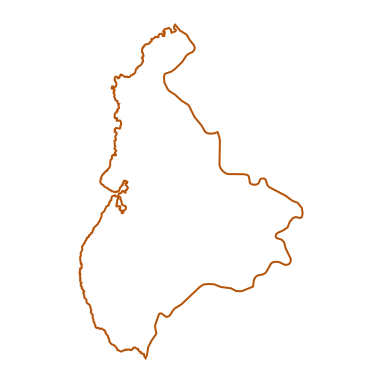 the district of Luperon, Puerto Plata, Dominican Republic, rotated 271°
{"feature_id": "3306468B16106454484671", "entity_name": "Luperon", "entity_type": "district", "adm_level": 2, "iso_a3": "DOM", "parent_name": "Dominican Republic", "parent_adm1": "Puerto Plata", "projection": "mercator", "projection_center": [-70.936, 19.84], "detail": "fine", "context": "isolated", "style": "outline", "palette": "amber", "viewbox_px": 384, "rotation_deg": 271, "n_neighbors": 0, "source": "geoboundaries", "source_scale": "gbopen_adm2", "svg_char_len": 5986}
<svg xmlns="http://www.w3.org/2000/svg" viewBox="0 0 384 384"><g transform="rotate(271 192 192)"><path d="M252.3,216.6L251.0,213.1L250.6,209.0L251.2,205.9L252.5,204.1L258.9,200.2L267.0,193.2L278.2,187.5L279.7,185.8L282.7,180.5L289.2,173.1L292.7,167.3L294.4,165.9L301.0,162.5L306.5,161.9L308.6,162.4L309.8,163.1L312.0,169.2L314.3,172.4L321.9,180.0L328.3,184.0L329.8,185.7L332.1,190.2L333.7,191.6L335.1,192.1L336.7,192.1L338.8,191.3L343.9,187.1L348.4,184.5L349.9,182.9L353.2,177.2L359.0,172.2L357.2,171.1L354.9,171.4L353.7,173.1L353.1,173.1L352.1,172.1L350.9,168.7L353.7,168.1L355.6,166.1L354.3,161.8L353.7,161.8L353.1,160.8L351.5,160.8L351.2,162.1L350.3,161.8L350.6,161.1L349.3,161.8L347.4,161.4L347.4,160.4L348.1,160.4L348.4,159.8L349.6,159.1L349.6,157.1L348.1,155.8L346.5,155.8L346.2,155.1L346.5,152.5L345.3,151.8L344.3,149.8L344.3,148.8L342.4,149.1L341.2,147.5L340.6,147.5L339.3,145.8L339.0,143.5L337.8,141.8L336.8,141.8L336.2,140.5L335.3,140.5L334.6,139.8L330.9,139.5L330.0,140.5L327.1,141.2L326.5,140.8L326.5,140.2L325.0,139.5L324.3,140.5L321.8,140.8L321.5,140.2L320.6,140.2L318.7,139.2L316.8,137.2L316.2,135.5L314.6,135.2L314.0,133.9L310.6,133.2L309.0,131.9L309.0,131.2L307.8,130.2L307.5,128.9L305.9,127.6L305.9,124.6L306.2,124.6L305.9,122.9L307.1,121.2L307.5,119.9L308.1,119.6L308.1,118.6L306.8,118.3L306.5,117.6L304.7,117.3L304.3,115.9L305.9,114.9L305.9,113.6L305.3,112.9L303.1,112.6L303.1,112.9L301.2,113.3L300.3,114.3L297.5,114.6L295.3,113.3L295.3,111.9L296.2,111.3L296.2,110.3L294.4,109.9L293.7,110.3L293.7,111.9L292.5,112.9L290.9,112.6L290.9,111.9L289.3,111.9L288.1,112.9L285.3,112.6L284.7,113.3L282.5,113.9L281.5,115.9L280.3,115.9L279.0,116.6L278.7,117.6L277.5,116.9L274.7,117.6L273.7,116.3L272.5,116.3L272.5,115.9L271.5,115.9L271.2,115.3L270.3,115.3L270.3,114.6L268.4,113.3L265.3,113.3L264.4,113.9L264.4,114.9L264.7,114.9L264.4,115.9L263.4,115.9L263.1,115.3L261.9,115.6L262.2,118.6L261.2,119.6L258.1,119.9L256.9,119.2L255.0,119.2L254.1,118.6L254.7,114.9L253.7,113.9L252.5,113.9L252.5,113.6L250.9,113.6L250.9,114.3L249.7,115.6L248.4,115.6L246.3,114.3L245.0,114.3L244.4,114.9L242.5,114.9L241.9,113.6L237.5,113.9L236.3,114.6L235.3,113.9L233.8,113.9L233.4,114.6L231.6,114.9L231.6,115.3L229.1,113.9L228.4,114.3L228.1,115.3L227.5,115.3L227.2,113.6L227.8,113.3L227.5,111.9L226.3,111.3L223.8,111.3L222.5,109.9L216.3,109.6L214.4,108.6L212.8,107.0L212.2,107.0L211.9,106.3L211.3,106.3L210.9,105.0L209.7,104.3L209.1,103.3L208.5,103.3L207.8,102.3L205.3,101.0L203.5,101.0L203.5,100.6L200.6,100.0L198.2,101.3L197.5,103.3L196.9,103.3L195.6,104.6L194.1,108.0L193.1,108.6L192.5,110.6L191.3,111.6L191.3,112.9L190.7,113.9L190.7,116.6L191.3,116.9L191.6,118.6L192.2,119.2L195.0,119.9L195.3,120.6L197.5,121.6L197.8,122.6L199.7,122.6L200.6,123.6L201.9,123.6L202.2,125.2L201.0,127.2L199.7,126.9L199.4,125.2L197.8,125.6L197.2,126.6L196.0,126.9L195.3,127.9L193.1,126.9L192.8,125.9L192.2,125.6L190.3,125.6L190.3,124.6L191.3,124.2L191.9,122.9L191.3,121.9L190.7,121.9L189.4,120.6L189.4,119.2L188.5,118.6L186.6,118.6L185.3,120.6L183.2,120.6L182.8,121.2L178.5,122.2L177.5,122.9L177.2,124.9L176.0,126.2L174.1,126.2L172.2,124.6L172.2,123.6L170.0,123.6L169.7,122.2L171.6,121.9L172.2,120.9L172.9,120.9L173.2,119.9L174.4,119.9L175.0,120.6L176.6,120.2L176.6,119.2L176.0,118.9L176.3,118.9L176.3,116.9L176.9,116.6L179.1,116.9L179.1,117.3L182.5,117.3L184.1,118.3L185.7,117.9L186.3,116.9L186.3,115.6L186.9,115.3L186.9,114.3L187.2,114.3L186.3,112.3L184.7,111.6L182.8,111.6L182.2,111.3L182.2,110.6L180.3,109.9L180.0,109.3L178.5,109.3L177.8,108.6L176.9,108.6L176.0,106.6L171.3,104.6L168.8,102.0L166.0,102.0L160.4,99.7L160.0,99.0L158.2,98.3L154.4,94.3L152.9,94.3L151.9,93.3L150.7,93.3L149.4,92.7L149.4,92.0L147.5,91.0L146.9,89.7L145.4,89.7L144.7,88.0L143.8,88.0L143.5,87.4L141.9,87.0L141.6,86.4L138.8,85.4L138.5,84.7L136.6,84.0L135.7,83.0L132.6,83.4L128.8,81.7L126.3,82.0L125.4,81.4L121.9,81.4L120.4,82.0L118.5,82.0L118.2,82.7L117.3,82.7L117.3,83.0L114.4,83.0L113.8,82.7L113.8,82.0L113.2,82.0L113.2,81.4L109.8,81.4L109.8,81.0L108.8,81.0L108.2,81.7L106.9,81.7L106.9,81.4L103.5,81.7L103.5,82.0L101.6,81.7L101.6,82.0L98.8,82.4L98.8,83.0L97.6,82.4L96.3,82.4L95.4,83.4L94.1,83.4L93.8,84.0L92.9,84.0L91.0,86.0L90.1,85.7L89.8,85.0L87.9,85.4L87.3,86.0L84.8,86.0L82.3,88.4L80.4,88.4L79.1,89.0L77.6,91.3L76.0,92.3L73.8,92.7L72.9,93.3L70.4,93.0L70.4,93.3L68.5,93.7L67.3,95.0L65.1,94.7L62.9,95.7L61.0,95.7L59.8,96.7L58.8,96.7L57.0,97.7L55.7,97.7L54.5,98.7L54.5,101.0L53.5,102.0L53.9,104.3L52.9,105.3L52.3,107.0L51.0,107.3L50.7,108.0L48.9,108.3L46.4,110.6L45.1,110.6L44.5,111.3L40.4,112.3L38.2,114.6L37.6,116.6L35.1,119.2L32.6,120.2L32.6,121.2L31.4,123.2L31.4,124.9L32.3,125.9L32.6,127.6L33.2,127.9L32.9,129.2L33.2,129.2L33.5,131.5L32.9,132.9L33.2,133.2L32.9,134.2L33.5,134.5L33.9,135.5L35.4,136.2L35.4,138.2L34.5,139.2L34.2,140.8L33.2,140.8L31.4,142.5L31.1,143.5L30.4,143.5L30.4,144.2L29.5,144.8L29.2,146.8L27.0,147.1L25.0,148.5L27.8,149.7L36.4,151.0L43.1,154.4L49.5,158.7L50.8,158.8L55.2,157.6L58.3,157.5L69.2,161.1L70.0,162.1L70.1,163.4L66.8,168.2L66.8,169.6L67.4,171.0L69.7,173.1L73.0,174.8L75.2,176.7L79.5,183.4L97.1,201.3L99.6,204.9L100.4,210.1L100.0,216.2L97.5,222.6L96.4,232.7L93.8,237.7L93.6,242.4L94.2,244.7L98.5,254.7L105.0,255.4L107.8,256.7L109.6,259.0L110.8,264.2L112.3,266.7L114.0,268.1L121.6,272.1L123.0,273.7L123.7,276.6L123.6,278.9L123.1,281.3L121.2,285.1L120.7,287.2L121.2,289.4L122.0,290.6L123.9,291.8L126.9,291.9L137.4,286.6L143.3,285.0L145.9,282.5L147.4,277.5L148.4,276.6L149.8,276.4L151.1,276.8L152.6,278.2L155.0,283.4L158.1,288.1L164.2,290.4L167.8,293.5L168.8,296.2L167.8,300.5L168.8,302.2L172.2,303.0L177.8,302.2L183.0,297.9L185.0,292.5L189.8,285.8L198.3,269.0L200.4,267.1L205.0,265.7L206.1,265.0L206.7,263.9L206.7,261.3L206.0,260.1L202.2,258.5L201.2,257.6L200.4,255.4L200.4,253.0L201.1,250.8L202.2,249.7L208.0,248.7L209.3,248.0L210.2,246.7L210.7,242.5L210.5,228.5L211.1,225.8L212.9,223.0L216.0,220.3L219.2,219.0L243.6,219.0L247.1,218.4L252.3,216.6Z" fill="none" stroke="#b45309" stroke-width="2"/></g></svg>